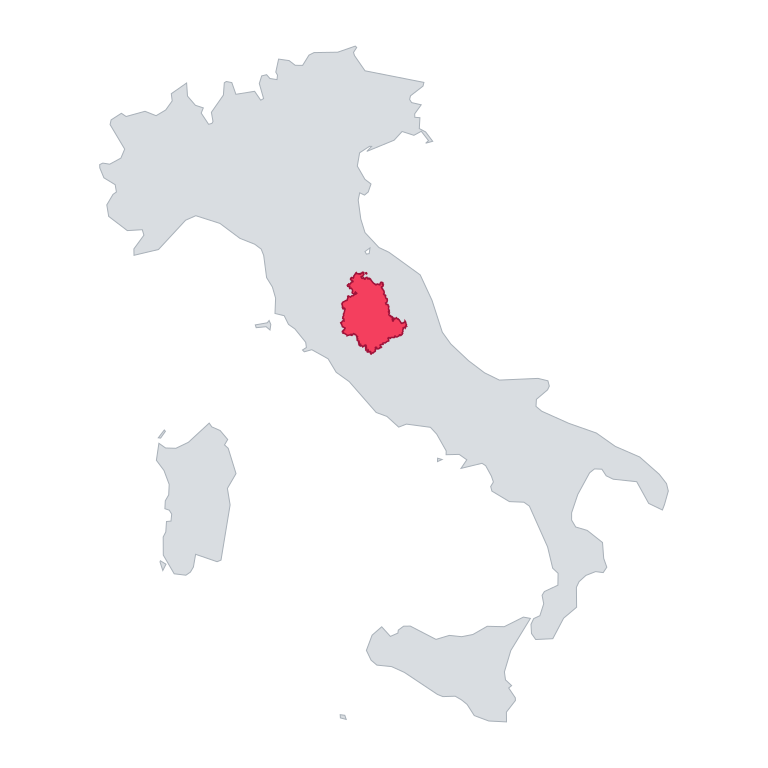 Umbria, Perugia, Italy (highlighted)
{"feature_id": "23120603B26790412086965", "entity_name": "Umbria", "entity_type": "district", "adm_level": 2, "iso_a3": "ITA", "parent_name": "Italy", "parent_adm1": "Perugia", "projection": "orthographic", "projection_center": [12.541, 42.991], "detail": "fine", "context": "in_parent", "style": "filled", "palette": "rose", "viewbox_px": 768, "rotation_deg": 0, "n_neighbors": 0, "source": "geoboundaries", "source_scale": "gbopen_adm2", "svg_char_len": 9696}
<svg xmlns="http://www.w3.org/2000/svg" viewBox="0 0 768 768"><path d="M121.4,113.3L126.1,116.5L145.0,111.3L156.1,115.7L165.7,110.0L172.2,100.9L171.3,93.7L186.6,83.0L187.5,96.1L195.4,105.3L203.3,107.9L201.2,113.1L208.6,124.3L211.9,123.4L213.0,121.5L211.4,112.3L223.4,95.1L224.3,82.8L226.3,81.5L231.8,82.6L235.9,94.3L254.6,91.3L260.7,100.2L263.6,98.6L259.3,83.5L261.7,75.9L266.6,74.7L269.9,78.5L277.0,79.6L277.5,75.1L275.8,72.1L278.6,59.1L289.1,60.6L295.2,65.3L302.6,65.4L309.0,55.1L314.0,52.6L337.7,52.2L355.3,46.1L356.7,47.5L353.5,52.4L354.5,55.6L365.0,70.8L423.9,82.4L423.0,86.1L410.5,95.8L409.6,99.4L411.6,102.6L421.2,104.8L414.7,113.8L414.8,117.3L419.9,117.7L419.3,128.6L425.6,131.9L432.7,141.3L425.7,143.2L428.5,140.6L421.3,131.3L413.9,135.3L402.1,131.5L394.1,140.2L366.8,151.4L371.6,146.4L369.5,146.3L359.6,152.8L357.3,166.1L364.9,179.3L371.0,184.0L368.2,192.0L364.5,195.1L359.7,192.8L358.2,200.0L360.8,219.1L365.0,232.6L378.9,247.5L389.0,252.3L420.2,274.9L432.0,300.3L442.3,332.2L450.8,344.0L468.5,360.7L484.5,372.8L499.4,380.1L538.0,378.4L547.9,380.8L549.3,386.1L547.6,389.8L536.4,399.3L536.0,406.4L541.7,411.2L568.7,423.3L596.3,433.0L615.3,446.4L639.7,457.0L659.3,474.3L666.5,483.6L668.3,491.0L664.5,504.5L662.4,510.0L648.7,503.4L636.7,481.7L613.2,479.2L606.2,475.8L601.9,469.2L594.5,468.9L589.6,472.8L577.8,494.4L571.6,512.8L571.6,520.1L575.7,527.0L587.2,530.4L602.5,542.5L603.7,558.4L606.8,567.2L603.2,572.6L595.6,571.6L585.9,575.4L579.1,581.6L576.4,587.3L576.6,607.2L563.6,618.2L552.8,638.7L535.7,639.5L531.5,633.5L531.0,624.3L533.7,618.6L539.9,615.7L543.7,603.8L542.1,595.3L544.4,591.5L557.9,585.2L558.1,573.3L552.7,568.2L547.6,546.9L529.4,506.1L523.9,502.2L509.4,501.6L491.9,491.1L490.7,486.5L493.4,482.0L491.4,476.1L485.7,465.7L482.0,463.3L461.0,468.4L466.8,459.8L459.2,454.4L446.1,454.7L446.2,450.9L436.7,434.1L430.4,427.3L406.4,424.1L398.7,427.1L386.9,416.4L376.2,412.5L349.2,381.6L336.2,372.3L328.1,358.8L311.8,349.7L304.3,351.8L302.5,350.0L306.4,347.5L305.7,342.3L294.9,328.9L288.5,324.4L284.2,315.7L275.0,313.5L275.6,298.1L272.4,287.0L266.6,277.6L263.7,255.4L261.2,249.1L254.7,244.2L240.0,238.4L219.9,223.4L195.8,215.7L185.6,220.2L158.5,249.5L134.0,255.3L133.9,248.9L143.9,235.2L142.3,229.7L127.3,230.6L108.7,216.4L106.8,204.9L113.0,194.4L116.4,192.0L115.2,184.7L103.9,177.8L99.8,167.9L99.7,164.6L102.8,163.1L109.7,164.2L120.9,158.1L124.7,149.1L110.1,124.6L111.1,119.9L121.4,113.3ZM369.2,253.6L370.0,247.9L365.0,251.5L366.4,254.1L369.2,253.6ZM530.4,618.4L510.8,650.5L504.4,671.9L505.5,679.9L511.6,685.6L508.7,688.0L515.3,697.8L515.4,700.5L506.4,712.1L506.5,721.9L488.8,721.0L474.3,715.6L467.1,704.4L461.4,699.8L455.2,696.2L442.9,696.6L437.4,694.4L404.4,672.4L391.6,666.6L376.9,665.1L371.1,660.2L366.4,650.4L372.1,635.2L381.7,626.8L390.4,636.4L397.9,633.1L398.3,630.1L403.6,626.2L410.3,626.1L436.0,639.4L449.4,635.4L461.7,636.7L472.9,634.5L487.2,626.3L504.2,626.7L523.4,617.1L530.4,618.4ZM228.2,448.3L236.0,473.6L227.4,488.4L230.1,504.9L221.0,560.1L217.1,561.7L195.6,554.3L193.4,567.0L190.4,572.1L185.9,575.2L174.2,573.8L163.3,555.1L163.2,537.0L165.8,531.9L166.5,521.5L171.0,521.1L171.7,514.1L169.3,510.2L164.9,508.7L165.3,500.8L168.7,494.9L169.2,484.4L164.0,470.5L156.4,460.3L158.9,443.3L165.6,448.0L175.9,448.3L188.4,442.3L209.2,423.1L211.8,426.9L220.1,430.5L227.7,439.5L224.5,444.9L228.2,448.3ZM269.1,320.5L270.8,324.5L270.0,330.0L266.1,326.7L256.2,327.7L255.3,324.9L267.3,322.8L269.1,320.5ZM166.0,564.2L162.8,570.5L160.0,561.9L160.4,560.8L166.0,564.2ZM165.4,431.3L160.6,438.1L158.3,437.8L164.3,430.0L165.4,431.3ZM346.2,719.4L340.4,717.9L340.2,714.7L344.8,715.3L346.2,719.4ZM442.1,459.5L437.5,461.6L437.6,458.2L442.1,459.5Z" fill="#d9dde1" stroke="#a8b0b8" stroke-width="1"/><path d="M356.9,273.7L356.3,272.6L355.7,273.1L355.4,274.0L354.9,274.3L354.7,274.9L353.9,275.8L353.7,276.7L353.8,276.9L353.4,277.9L352.9,277.5L352.1,277.9L351.8,277.7L351.7,278.0L351.3,277.7L350.7,278.3L350.5,279.1L350.6,279.7L351.7,280.3L351.8,280.6L352.2,280.5L352.4,280.9L352.8,281.0L353.0,281.2L352.9,281.8L352.7,281.9L352.3,281.6L352.0,282.0L351.1,282.4L350.9,282.8L350.9,283.2L350.0,284.1L348.8,283.8L348.6,284.3L347.7,284.8L347.3,285.3L347.7,286.3L348.5,286.3L348.6,286.5L349.5,286.0L349.8,286.2L349.6,287.6L349.6,288.3L349.8,288.6L350.5,288.5L351.0,288.1L352.0,289.1L352.5,290.1L352.6,291.1L352.4,291.5L352.5,291.7L352.1,292.4L352.4,293.3L353.9,294.0L354.5,294.1L354.9,293.3L354.8,292.9L355.4,292.0L355.7,292.3L356.7,293.2L356.2,293.5L356.0,294.1L354.4,294.6L353.1,295.8L351.8,295.8L350.5,297.1L348.4,295.9L347.7,296.3L348.1,297.5L347.8,297.7L347.8,298.3L347.2,299.3L347.4,299.6L347.1,300.3L346.3,300.6L345.5,300.6L344.6,301.4L343.2,301.9L343.2,302.1L342.4,302.7L342.2,303.8L341.8,304.0L342.2,304.7L342.3,305.5L342.7,306.3L342.7,306.7L342.3,307.1L342.9,308.8L343.2,309.0L343.5,308.8L343.6,308.2L343.9,307.9L344.7,308.3L345.1,309.1L344.7,310.1L344.6,311.0L343.8,313.8L343.5,313.9L343.5,314.9L343.7,315.3L343.6,315.8L343.0,316.6L343.0,317.1L342.8,317.2L342.9,317.5L342.7,318.6L343.8,318.9L344.0,321.0L343.2,320.8L342.5,321.0L341.7,322.2L340.7,322.7L340.9,323.2L341.4,323.4L341.5,324.4L341.9,325.0L342.4,326.7L343.1,327.1L343.4,327.0L344.2,327.6L344.9,327.8L344.8,328.2L345.0,328.5L344.6,328.8L344.5,329.4L344.2,329.6L344.3,329.8L344.0,329.9L343.9,330.2L344.1,330.3L343.4,330.2L343.2,330.4L343.1,330.8L342.5,331.2L342.3,331.8L343.4,332.3L343.0,333.1L344.8,333.6L346.2,334.5L347.2,335.3L347.2,335.7L347.7,335.4L348.4,335.3L349.4,334.9L350.4,335.0L350.9,334.4L351.4,335.3L351.8,335.4L352.2,334.6L352.6,334.9L352.9,334.7L353.0,334.2L353.6,333.6L354.3,333.9L354.9,334.6L355.3,334.4L355.6,334.7L356.7,335.8L356.6,336.3L357.5,336.7L356.8,337.9L357.6,338.5L357.7,338.8L357.4,338.8L357.5,339.1L357.1,339.7L357.4,340.2L357.3,340.4L358.3,341.0L358.4,341.3L359.0,341.2L359.2,342.4L358.9,342.5L358.9,342.8L358.6,342.8L358.6,343.0L359.0,343.6L359.7,343.9L359.0,344.1L359.0,344.6L359.7,344.5L360.0,344.7L360.5,345.3L360.3,345.7L360.1,345.5L359.7,345.5L360.2,346.0L360.9,346.0L361.4,345.5L362.4,346.2L362.7,346.9L364.4,345.9L364.3,345.4L364.5,345.3L365.2,345.2L365.7,345.6L365.9,345.3L366.3,346.0L365.6,346.6L365.6,347.3L366.3,347.4L366.5,347.9L365.9,347.9L365.7,348.1L365.8,348.5L365.6,348.8L365.9,349.3L365.7,350.0L366.0,350.3L366.9,350.0L367.4,350.2L368.1,349.8L368.2,350.4L367.8,350.6L367.9,350.9L367.8,351.5L367.2,351.8L367.5,352.0L368.0,351.7L368.2,352.0L368.9,351.4L369.4,351.9L370.4,351.5L370.7,351.9L370.5,352.1L370.4,353.1L370.7,353.8L371.1,354.1L371.3,354.0L371.4,353.7L372.2,352.9L372.7,353.0L372.7,352.8L373.2,352.8L374.5,351.7L375.0,351.5L374.9,351.2L375.4,350.8L375.2,349.4L375.6,348.3L375.6,347.7L375.4,347.5L375.7,347.2L376.6,347.3L376.7,347.5L376.5,347.8L377.1,348.6L377.0,348.9L378.2,348.9L379.2,348.5L379.6,347.7L380.0,347.6L380.2,347.8L380.7,347.8L381.5,347.1L380.4,346.1L380.0,345.1L380.8,344.6L381.7,344.7L382.0,344.3L383.0,344.3L382.8,343.6L383.0,343.4L383.0,343.1L384.7,342.8L385.1,343.0L386.3,342.1L386.6,341.7L387.7,341.2L388.7,341.0L388.8,340.1L388.3,338.8L388.0,338.6L388.1,338.0L388.9,337.5L389.8,338.0L390.0,338.4L390.5,338.4L390.8,337.6L391.6,337.4L394.1,337.6L394.6,337.3L394.5,336.6L395.0,336.0L395.3,336.1L395.6,336.7L396.9,337.0L399.1,335.8L399.1,335.6L399.5,335.3L399.5,334.8L400.1,334.7L400.8,335.5L402.2,334.3L402.2,333.6L402.6,333.3L402.2,332.8L403.0,331.3L402.8,330.6L402.8,329.6L403.4,328.8L403.1,328.0L403.8,327.8L404.2,327.3L405.0,327.2L405.3,328.0L405.6,327.5L405.5,327.1L405.8,326.1L406.2,326.1L405.9,325.8L406.2,325.5L406.5,324.9L406.4,324.5L406.0,324.0L405.7,322.2L405.4,321.8L405.4,321.6L405.0,321.0L404.9,321.9L404.4,322.1L404.4,322.4L403.9,322.7L403.5,322.7L402.8,323.2L402.5,323.0L401.5,323.4L401.2,323.2L401.2,322.8L400.7,322.4L400.4,321.7L399.5,320.5L399.1,319.7L398.0,319.2L398.0,318.9L397.6,319.0L397.2,318.7L396.4,317.7L395.0,318.8L394.2,318.8L394.0,318.1L393.8,318.1L393.7,318.7L393.4,318.9L393.9,319.3L393.7,319.4L393.8,319.7L393.6,320.0L393.3,321.0L392.6,321.0L392.5,320.5L392.6,319.9L392.3,319.5L392.2,319.0L392.6,318.1L392.6,317.3L391.3,317.0L391.4,316.5L391.1,316.4L391.3,316.3L390.6,316.0L390.3,315.5L389.7,315.5L388.8,314.8L388.9,314.2L389.3,313.4L388.4,311.8L388.8,310.9L389.2,311.2L389.1,310.7L389.3,310.2L388.6,309.5L388.5,308.6L388.8,306.4L388.6,306.4L388.2,306.0L388.0,304.6L387.0,304.3L386.2,304.5L385.6,303.0L386.6,302.5L386.8,301.9L387.1,301.7L387.2,300.4L387.4,300.2L387.2,299.0L387.1,298.7L386.5,298.8L385.9,298.3L385.9,297.8L385.5,297.1L385.6,296.8L385.3,296.3L385.6,295.5L385.3,295.4L385.3,295.1L384.3,294.9L383.6,294.0L384.2,293.2L384.2,292.5L384.0,291.3L383.8,291.0L383.7,290.5L382.8,289.6L382.7,289.0L382.1,288.7L382.1,288.2L381.7,287.8L381.9,287.3L381.5,287.0L381.8,286.7L382.9,286.3L383.2,285.4L382.5,284.6L382.4,284.2L382.9,284.2L382.5,283.7L382.5,283.4L383.0,283.1L382.8,282.7L382.5,282.5L382.0,282.5L381.5,282.2L381.0,282.2L380.1,283.4L379.8,284.8L378.6,284.5L378.3,284.2L377.9,284.2L377.6,284.0L377.2,284.3L376.4,284.3L376.0,284.9L375.5,285.3L375.7,285.0L375.5,284.6L375.1,284.4L375.1,284.2L374.7,283.8L373.9,283.5L372.9,282.5L371.0,280.1L370.7,279.3L369.8,278.5L369.7,278.5L368.9,278.1L368.6,278.5L368.7,278.8L368.2,278.6L367.9,278.9L366.9,277.3L366.4,277.6L366.0,277.6L365.3,278.6L365.1,279.2L364.9,279.3L364.4,279.1L364.3,278.8L364.5,278.5L363.5,277.6L362.8,278.4L361.9,278.3L361.5,277.4L361.0,276.9L361.3,276.4L362.5,276.4L363.3,275.0L363.7,274.7L363.9,274.4L363.3,273.5L363.3,273.2L363.7,272.5L363.0,272.2L362.8,272.8L362.1,272.6L362.0,272.8L361.6,273.2L361.0,273.2L360.7,274.0L360.4,274.2L360.0,274.2L360.1,273.8L359.8,273.7L358.9,273.7L358.6,274.0L357.5,273.6L356.9,273.7ZM366.3,272.7L365.9,272.8L365.5,273.2L366.3,273.9L366.6,273.9L366.8,273.4L366.3,272.7Z" fill="#f43f5e" stroke="#9f1239" stroke-width="1.5"/></svg>